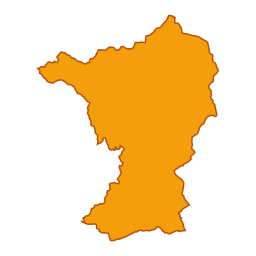 Son Ha, Quảng Ngãi, Vietnam (Robinson projection)
{"feature_id": "81297802B11658146957456", "entity_name": "Son Ha", "entity_type": "district", "adm_level": 2, "iso_a3": "VNM", "parent_name": "Vietnam", "parent_adm1": "Quảng Ngãi", "projection": "robinson", "projection_center": [108.493, 14.975], "detail": "fine", "context": "isolated", "style": "filled", "palette": "amber", "viewbox_px": 256, "rotation_deg": 0, "n_neighbors": 0, "source": "geoboundaries", "source_scale": "gbopen_adm2", "svg_char_len": 5764}
<svg xmlns="http://www.w3.org/2000/svg" viewBox="0 0 256 256"><path d="M189.4,205.0L188.1,203.2L186.0,200.9L184.4,198.6L183.8,196.5L183.2,195.5L182.3,194.6L182.1,194.1L182.1,193.7L183.0,189.4L183.4,186.2L183.8,183.8L183.7,182.8L183.4,181.9L181.1,178.9L179.0,177.6L175.8,174.9L174.9,173.4L174.4,171.8L174.2,170.6L174.8,170.2L176.1,168.9L178.5,167.8L180.2,166.1L181.2,165.7L183.1,165.7L183.7,164.2L188.3,161.8L189.9,160.3L191.2,158.8L190.4,157.4L190.7,156.5L194.4,153.1L194.8,152.5L194.6,151.7L192.1,148.9L191.7,148.0L191.6,147.3L192.2,145.6L192.3,144.4L191.9,142.5L192.0,137.5L192.3,137.0L193.7,136.2L194.9,135.0L196.8,134.3L197.6,133.3L198.9,130.0L199.5,127.7L200.0,126.9L201.6,125.0L204.0,123.5L204.0,122.4L205.0,120.6L205.5,119.3L207.2,117.3L208.1,116.4L211.0,115.3L212.4,115.2L215.6,116.6L216.1,116.3L216.4,115.7L216.6,114.8L216.6,113.5L216.0,111.1L214.8,105.0L214.3,104.1L213.0,103.0L212.9,100.6L210.9,97.9L210.5,96.9L211.0,96.3L211.2,95.6L211.1,91.1L210.8,90.2L209.9,89.5L209.1,88.3L208.8,87.3L208.8,86.8L209.0,85.4L210.0,84.0L211.4,82.5L213.0,81.6L213.2,81.3L213.3,77.4L213.4,76.4L216.0,73.9L217.6,71.9L218.2,70.6L218.1,69.9L217.8,69.2L217.1,68.4L215.5,63.3L213.4,62.0L213.0,61.2L212.5,57.8L212.8,56.0L212.6,55.1L212.1,54.5L210.7,54.0L210.1,53.7L209.7,52.9L208.0,43.9L207.7,42.9L206.8,41.7L204.1,40.0L201.4,38.7L199.6,37.3L195.5,36.0L193.1,35.7L189.7,34.8L186.6,33.7L184.7,33.8L183.3,33.4L182.3,32.7L181.9,32.3L181.7,30.1L181.0,27.4L178.4,23.6L177.7,23.1L176.8,23.2L175.4,22.8L174.8,22.2L174.7,19.4L174.8,18.3L175.2,17.7L172.7,16.2L169.8,15.4L168.9,15.7L168.3,16.5L166.4,20.5L164.1,22.7L161.0,26.8L160.1,27.4L157.2,28.3L156.0,28.9L152.5,33.2L151.0,34.0L149.9,35.0L148.5,35.6L146.2,35.9L146.0,36.1L145.5,42.5L144.1,42.5L141.5,42.1L137.7,42.7L135.6,42.3L135.3,42.5L135.0,43.2L133.7,46.9L133.2,47.7L131.9,48.4L130.2,48.9L126.4,48.6L125.3,48.0L123.2,46.4L122.1,46.4L120.9,47.0L120.3,48.4L119.8,49.1L118.7,49.8L117.7,50.1L116.7,50.1L115.3,49.8L114.4,48.2L113.8,47.6L109.8,47.0L109.1,47.6L107.7,48.2L106.9,49.0L106.2,50.2L100.8,49.9L98.7,49.9L98.0,50.4L97.7,51.0L97.5,52.5L96.6,53.4L96.0,55.2L95.2,56.5L92.7,58.5L92.1,58.7L90.9,58.6L90.5,58.9L89.4,61.4L89.3,62.3L88.7,62.6L87.6,62.4L86.3,63.9L83.8,63.7L83.0,63.4L81.5,62.1L80.8,61.8L77.3,61.1L75.0,59.0L74.4,58.6L73.7,58.2L71.1,57.6L70.3,56.0L68.7,55.0L67.1,54.8L64.9,52.6L64.0,52.7L61.5,52.1L60.8,52.2L59.6,53.8L57.0,56.7L56.9,57.0L58.1,59.2L58.3,59.7L58.2,60.8L57.7,61.6L57.2,61.9L56.1,62.2L55.6,62.1L54.7,61.4L54.2,61.2L54.0,61.7L53.9,62.4L53.7,62.7L53.5,62.8L52.2,62.7L49.3,62.1L48.1,62.2L45.2,65.6L44.4,67.0L42.0,66.6L40.7,67.1L39.5,68.2L37.8,68.4L39.3,70.0L39.7,70.9L39.9,71.9L39.5,73.4L41.3,73.9L41.6,74.2L42.8,76.3L44.3,78.2L45.5,78.6L45.8,78.9L46.7,80.8L47.6,81.6L49.6,82.5L51.6,82.9L52.8,82.9L53.7,82.7L54.4,81.9L56.4,81.1L58.1,80.1L59.4,80.2L61.1,79.7L62.7,80.3L66.2,82.6L67.5,84.1L68.0,84.4L68.7,84.6L70.5,84.5L71.4,84.9L72.7,86.0L74.0,86.7L74.3,87.6L74.9,88.5L75.2,89.5L76.2,90.7L77.3,92.9L78.0,93.6L80.7,94.2L82.2,96.0L84.0,96.9L84.5,98.4L85.4,99.0L87.3,101.5L88.1,102.0L89.3,102.3L89.7,103.1L89.6,103.8L87.6,107.4L87.6,108.3L88.2,110.1L87.6,112.8L87.6,113.3L88.4,115.1L89.0,115.6L89.2,116.5L89.2,118.0L90.9,121.2L90.9,124.5L91.0,124.9L91.3,125.4L91.8,125.7L93.9,126.3L95.0,129.7L95.4,133.2L96.8,134.3L97.5,135.2L97.6,136.8L97.3,139.1L97.8,140.6L98.1,142.2L97.5,144.2L99.5,143.1L100.2,143.0L101.2,142.4L102.5,141.2L102.8,140.7L103.3,138.4L103.9,138.0L105.0,137.8L105.3,138.0L105.5,138.4L106.1,140.8L107.4,144.1L108.0,145.0L108.8,148.1L109.6,149.2L110.7,149.9L111.2,150.1L111.9,149.9L112.7,149.2L113.0,149.2L114.2,150.3L115.0,150.1L115.4,149.6L115.6,149.2L115.2,147.2L115.6,147.2L116.4,147.8L117.2,149.3L118.4,149.4L119.3,148.9L120.1,147.8L120.1,147.0L119.9,146.2L120.2,145.9L121.0,145.9L121.0,146.3L123.2,147.6L123.9,148.8L123.9,149.5L123.7,150.2L122.3,151.3L121.4,154.1L120.3,155.5L119.0,156.7L119.5,158.1L121.4,161.7L122.0,162.2L122.7,162.3L123.0,162.5L122.4,163.8L122.7,164.2L122.0,165.7L121.5,165.8L119.8,165.4L119.6,165.6L119.3,166.3L119.5,167.6L120.3,170.7L120.6,171.4L121.2,172.0L121.4,172.6L119.7,175.8L117.5,179.0L117.6,179.7L119.1,181.5L119.3,182.3L119.2,183.3L118.8,183.7L118.3,183.7L116.2,183.4L114.5,182.7L113.9,182.6L110.6,183.4L109.6,183.9L109.3,184.6L110.1,186.2L110.2,187.1L109.9,187.7L109.8,190.2L109.3,190.6L107.6,190.8L107.1,191.6L107.0,192.8L107.1,194.7L106.9,195.4L105.4,197.1L104.8,198.3L104.9,201.1L104.7,202.0L104.2,202.8L103.6,203.5L102.3,204.1L101.3,203.7L100.4,203.7L97.8,205.0L95.0,205.2L94.5,205.7L94.0,207.4L93.5,208.0L93.0,208.3L92.3,208.2L91.8,208.5L91.4,208.9L90.9,211.7L90.5,212.8L88.7,215.3L88.0,215.8L86.3,215.9L85.5,216.2L84.8,217.6L83.8,217.5L83.3,217.9L83.1,218.5L84.2,220.7L84.2,221.3L84.0,222.0L83.5,222.0L82.4,221.6L81.9,221.5L82.1,221.8L85.4,223.4L86.3,223.6L87.6,224.2L90.6,224.2L94.9,223.9L96.0,224.4L96.8,225.4L96.5,226.7L96.7,228.2L97.2,228.7L99.2,229.6L99.5,230.4L99.3,231.3L102.3,233.0L104.0,232.6L105.0,232.9L107.9,233.3L108.1,233.4L108.9,234.7L109.0,235.9L110.3,240.0L110.7,240.5L111.2,240.6L113.8,240.6L117.3,239.2L119.7,239.0L126.1,236.5L132.4,233.3L133.4,232.6L134.4,232.6L135.1,231.6L136.3,231.9L137.0,231.8L139.8,230.1L141.0,230.2L143.1,231.0L146.7,230.4L149.6,230.8L151.9,229.8L154.2,229.6L155.2,229.1L157.5,226.5L159.5,227.6L161.2,228.9L162.6,230.6L162.9,231.2L163.5,231.2L164.8,233.0L166.2,232.7L167.0,232.8L168.4,233.7L170.1,233.7L176.1,230.8L177.3,230.7L178.4,231.1L180.3,231.3L182.6,230.7L184.3,230.8L185.1,230.6L185.4,230.3L184.5,229.0L184.0,228.1L183.4,225.1L182.5,222.4L180.8,219.6L180.8,218.9L181.5,218.2L181.5,217.8L180.4,217.4L180.0,217.1L179.7,215.8L179.8,214.1L178.6,213.4L178.5,212.5L180.8,211.5L181.7,210.6L182.4,209.4L183.3,208.5L186.2,206.9L188.4,205.4L189.4,205.0Z" fill="#f59e0b" stroke="#b45309" stroke-width="1.5"/></svg>